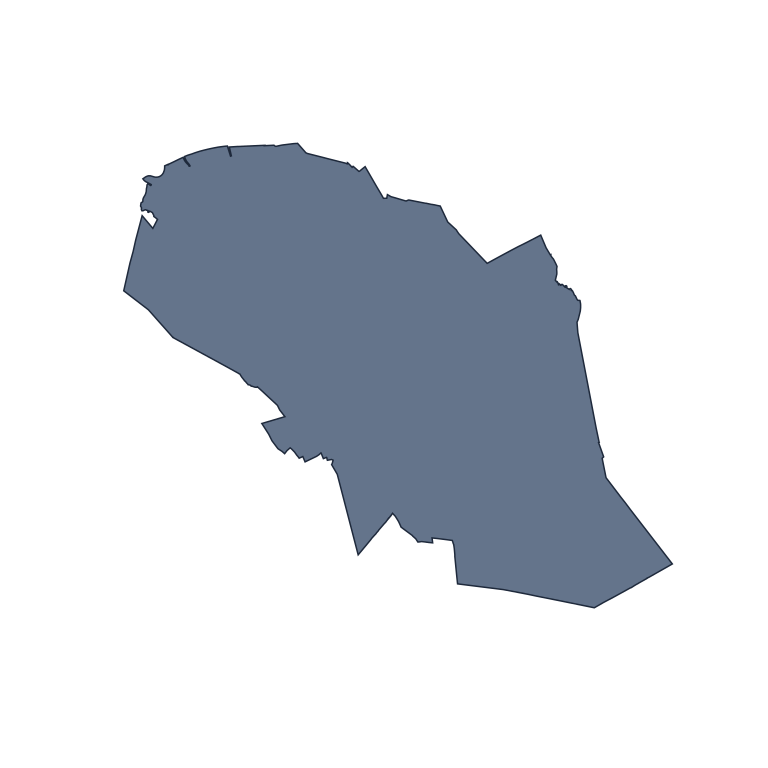 the district of Zundert, Noord-Brabant, Netherlands, rotated 250°
{"feature_id": "6326949B5198989789548", "entity_name": "Zundert", "entity_type": "district", "adm_level": 2, "iso_a3": "NLD", "parent_name": "Netherlands", "parent_adm1": "Noord-Brabant", "projection": "equal_earth", "projection_center": [4.663, 51.486], "detail": "fine", "context": "isolated", "style": "filled", "palette": "slate", "viewbox_px": 768, "rotation_deg": 250, "n_neighbors": 0, "source": "geoboundaries", "source_scale": "gbopen_adm2", "svg_char_len": 5751}
<svg xmlns="http://www.w3.org/2000/svg" viewBox="0 0 768 768"><g transform="rotate(250 384 384)"><path d="M560.6,171.3L534.3,188.0L500.6,201.3L500.0,201.8L499.8,201.6L458.7,237.9L443.6,251.1L443.8,250.8L442.4,252.1L441.9,252.1L440.3,252.4L438.7,252.8L435.8,253.8L434.8,254.0L433.7,254.7L432.1,255.2L430.6,255.9L429.7,256.1L429.5,256.7L429.2,257.1L428.8,257.7L428.6,257.9L428.4,258.0L428.2,258.2L427.6,258.3L427.3,258.6L427.0,259.3L425.1,261.7L424.3,263.6L424.3,263.8L424.5,263.4L424.7,263.9L424.7,264.0L424.0,264.4L423.7,264.6L423.3,264.8L420.8,266.1L400.7,276.4L400.1,276.6L395.3,277.1L387.2,279.7L388.7,255.7L376.2,258.5L369.0,259.3L359.8,262.1L359.3,262.3L355.6,265.1L352.5,266.8L354.6,270.1L356.1,274.0L355.7,274.2L354.4,275.0L350.6,276.7L346.9,277.7L345.1,278.4L343.3,278.9L343.6,282.9L337.8,283.2L338.0,285.1L339.1,296.0L339.8,298.7L340.8,301.2L340.5,301.3L334.6,301.5L334.7,304.9L334.6,305.0L334.3,305.0L332.0,304.7L331.7,304.7L331.0,308.9L329.8,310.1L327.8,308.7L327.0,308.1L326.2,307.2L315.1,309.2L232.3,301.3L240.1,314.7L242.3,318.4L243.2,319.7L245.2,323.5L245.9,325.0L246.7,326.1L248.0,328.5L248.6,329.2L252.9,336.9L253.3,337.9L253.6,338.4L254.5,339.7L255.7,341.7L255.8,341.6L256.4,342.5L256.2,342.6L257.6,345.0L257.7,344.9L258.5,346.2L258.4,346.2L259.6,347.8L255.8,349.4L250.6,350.5L249.2,350.7L247.0,350.9L243.6,351.1L231.8,358.9L231.4,358.9L227.7,360.9L223.9,361.8L223.4,363.7L223.2,364.9L223.0,365.6L221.1,369.4L221.0,369.5L220.1,371.3L219.9,371.6L218.1,375.4L222.9,376.5L220.4,381.6L216.3,389.6L213.6,394.7L210.1,394.5L209.3,394.6L205.5,393.8L199.1,392.1L197.8,391.6L180.3,387.1L171.6,384.9L171.5,385.0L171.0,384.8L150.0,425.8L137.3,447.1L132.5,454.8L120.0,475.4L101.8,505.1L103.6,515.4L105.4,528.2L108.1,545.5L108.1,546.0L108.1,546.8L108.9,550.3L109.4,552.8L109.5,554.0L109.8,555.2L111.4,564.7L111.6,564.7L111.7,565.0L111.7,566.4L116.3,593.4L181.3,572.7L190.5,569.9L192.6,569.2L196.5,567.9L220.0,560.6L239.6,563.6L240.4,565.5L255.6,565.6L255.6,566.3L256.1,566.3L270.1,568.3L365.9,583.7L376.0,586.5L378.4,588.7L385.4,593.4L388.3,594.8L391.0,595.8L392.4,596.2L395.4,596.7L395.6,596.3L395.9,596.0L396.2,595.0L396.3,594.8L396.9,594.5L397.8,594.3L401.3,594.0L402.3,593.4L402.6,593.3L405.4,593.2L406.5,593.0L407.0,593.0L407.3,592.8L407.6,592.2L407.8,592.0L408.0,592.0L408.2,592.3L408.4,592.4L408.6,592.5L409.5,592.1L409.8,591.9L410.0,591.7L410.0,591.3L409.5,590.4L410.6,589.7L411.1,589.1L411.6,588.8L412.0,588.8L412.8,589.1L413.3,589.2L413.7,589.1L414.1,588.8L414.2,588.3L414.2,587.8L414.1,587.6L413.7,587.5L413.2,587.6L412.9,587.5L413.1,587.2L414.5,586.7L415.0,586.3L415.2,586.2L416.0,586.0L416.6,585.6L416.7,585.4L416.8,585.1L416.7,584.9L416.3,584.1L416.2,583.9L416.3,583.8L416.4,583.7L417.0,583.8L417.6,583.3L418.3,582.9L418.2,582.6L417.6,582.4L417.4,582.2L417.5,581.9L418.0,581.9L418.6,582.1L419.6,582.1L420.0,581.6L420.5,581.4L420.9,581.8L421.4,581.4L421.5,581.2L421.6,580.9L422.0,580.8L422.7,580.6L422.9,580.5L428.2,584.0L430.1,584.7L432.9,585.5L435.3,586.8L438.1,586.6L443.2,586.0L443.6,585.9L445.5,585.2L447.3,584.7L448.6,585.1L448.6,584.4L456.5,582.9L470.3,582.2L468.3,567.0L467.2,557.2L466.1,549.1L464.2,536.1L462.1,522.2L499.6,505.7L502.3,505.0L504.0,504.7L514.4,499.3L532.0,497.7L532.2,497.2L532.5,496.9L533.8,494.7L534.8,493.2L536.4,490.4L536.5,490.1L539.5,485.3L539.6,484.9L548.4,470.3L548.5,469.9L548.5,469.4L548.4,467.5L548.6,467.0L555.1,458.2L557.6,454.7L560.8,452.0L557.6,450.1L557.8,449.5L558.7,447.0L558.9,446.9L559.3,446.9L563.0,446.3L572.0,444.6L594.7,440.6L593.5,437.0L592.3,433.7L592.3,433.4L592.4,433.1L592.8,432.9L597.8,430.2L599.1,429.4L598.9,429.1L598.6,428.5L598.5,428.2L599.0,428.1L599.6,427.7L600.6,427.3L602.2,426.6L602.5,426.4L603.2,426.1L604.0,425.7L604.4,425.4L603.9,425.2L603.4,424.8L603.4,424.7L603.9,424.5L604.0,424.2L605.0,422.9L615.1,408.0L617.4,404.7L627.0,390.6L627.4,390.3L628.3,389.4L628.7,389.4L639.7,385.1L639.8,384.5L640.3,383.0L640.8,381.2L643.3,370.4L643.6,368.7L644.2,364.1L644.4,363.5L644.8,363.0L645.4,362.6L646.0,362.3L648.8,353.2L649.1,353.5L657.1,328.0L657.2,327.9L659.6,319.7L650.6,318.6L650.6,317.7L661.2,318.2L662.0,315.1L662.8,311.5L663.3,309.2L664.0,305.0L664.5,301.6L664.9,298.6L665.3,294.9L665.7,290.7L665.9,285.8L665.9,281.4L666.0,280.5L666.1,277.6L666.0,274.5L665.6,274.4L663.6,274.3L661.9,274.5L660.8,274.7L659.2,275.2L657.1,276.0L655.5,276.3L655.3,275.7L655.2,275.7L655.4,275.3L656.1,275.3L656.7,275.1L659.3,273.9L661.0,273.3L663.2,272.9L665.7,272.8L665.3,267.9L664.7,262.4L664.2,257.0L663.9,256.2L664.3,256.2L664.0,252.5L662.4,251.9L660.7,251.1L659.9,250.6L658.5,249.4L657.8,248.8L657.3,248.1L656.8,247.4L656.4,246.6L656.1,245.8L655.9,245.1L655.8,244.3L655.7,243.5L655.8,242.7L655.9,241.9L656.1,241.1L656.4,240.3L656.7,239.6L657.2,238.9L659.5,235.7L660.0,234.4L660.2,233.9L660.3,232.6L660.2,231.3L660.1,230.6L659.3,227.6L657.9,228.0L657.0,228.4L655.6,229.3L654.2,230.7L651.0,233.5L650.5,233.2L650.3,232.7L650.8,232.1L651.6,231.9L652.9,230.4L652.6,230.1L652.3,229.6L652.0,229.3L651.4,229.1L650.4,228.6L648.9,227.6L646.2,226.4L644.5,225.2L643.7,224.5L643.2,224.0L641.4,221.8L640.8,221.3L640.1,220.7L637.9,219.7L637.6,219.1L637.5,218.2L637.4,217.8L636.7,217.3L634.5,216.1L632.3,216.4L631.9,216.1L631.5,215.8L631.0,215.7L630.2,215.7L629.5,215.8L629.2,217.1L629.4,218.4L629.4,218.8L629.3,219.6L629.1,219.9L628.8,220.0L628.6,220.2L628.4,220.4L627.9,221.4L627.6,221.6L627.3,221.6L626.9,221.1L626.4,220.9L626.1,221.0L625.8,221.5L625.8,221.8L625.9,222.0L626.4,222.4L626.6,222.6L626.6,222.8L626.5,223.0L626.0,223.5L624.5,224.8L624.1,225.0L621.2,225.3L620.7,225.3L620.3,225.1L620.1,225.0L619.0,225.8L617.7,226.6L616.8,227.0L616.2,227.5L609.3,220.0L624.9,214.3L604.2,199.9L594.2,193.5L584.6,186.7L576.2,181.3L560.6,171.3Z" fill="#64748b" stroke="#1e293b" stroke-width="1.5"/></g></svg>